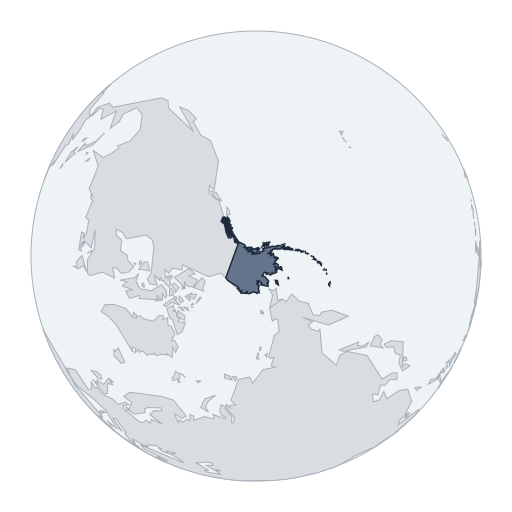 globe centered on Alaska, rotated 210°
{"feature_id": "USA-3563", "entity_name": "Alaska", "entity_type": "State", "adm_level": 1, "iso_a3": "USA", "parent_name": "United States of America", "parent_adm1": "", "projection": "orthographic", "projection_center": [-152.163, 61.314], "detail": "fine", "context": "on_globe", "style": "filled", "palette": "slate", "viewbox_px": 512, "rotation_deg": 210, "n_neighbors": 0, "source": "natural_earth", "source_scale": "10m", "svg_char_len": 17744}
<svg xmlns="http://www.w3.org/2000/svg" viewBox="0 0 512 512"><g transform="rotate(210 256 256)"><circle cx="256" cy="256" r="225" fill="#eef3f6" stroke="#a8b0b8"/><path d="M154.9,453.9L155.4,454.4L155.2,454.3L154.9,453.9ZM468.4,331.1L467.7,331.8L470.5,320.7L469.3,321.6L473.1,299.7L470.3,294.3L468.4,297.6L467.7,305.3L459.5,315.0L454.2,313.4L416.6,346.0L410.0,346.6L405.8,340.4L372.3,332.5L396.5,346.9L387.5,348.3L376.3,345.2L377.8,341.1L364.0,333.0L353.0,333.2L336.0,319.4L325.3,292.3L331.7,293.8L328.4,287.4L320.1,285.3L315.5,285.5L292.9,263.4L265.6,257.3L256.9,264.5L258.9,256.1L242.2,276.2L227.3,280.3L244.3,270.2L246.1,265.0L236.1,264.9L235.7,259.6L230.7,256.6L231.2,250.4L241.1,245.4L241.6,241.4L234.5,241.6L230.5,235.8L240.9,236.0L235.1,226.0L250.5,216.5L277.9,223.6L286.6,214.4L315.4,211.5L313.0,207.0L322.3,203.6L323.0,197.3L328.1,198.9L324.2,192.5L319.4,192.3L316.0,189.5L316.0,185.8L322.5,187.1L323.5,189.1L325.4,187.6L328.7,189.9L327.1,186.7L335.0,188.9L327.1,181.4L333.5,178.8L338.7,181.7L338.1,188.3L348.8,212.6L354.0,218.2L361.9,219.1L376.9,206.1L382.6,209.7L390.4,209.5L387.3,204.1L380.1,202.5L376.3,192.9L368.0,192.3L365.2,188.5L356.6,185.5L358.1,178.6L364.1,173.7L371.3,176.0L374.1,174.0L367.4,166.2L380.9,165.3L389.9,156.1L393.4,156.9L400.0,168.2L399.7,182.2L408.3,198.2L402.9,180.6L411.7,183.4L413.2,181.0L412.8,176.8L409.6,173.0L412.6,172.7L419.0,189.5L416.4,190.1L414.4,184.6L414.3,191.4L418.7,203.4L422.8,204.2L425.1,222.5L428.1,223.4L430.2,228.1L425.4,225.3L434.2,230.8L437.5,255.0L449.6,265.9L437.6,264.9L433.2,271.3L428.9,280.4L430.9,282.3L422.5,292.6L419.4,307.4L425.1,321.3L433.3,325.0L442.0,312.4L441.5,304.2L446.1,293.7L449.5,312.0L458.6,296.6L461.5,306.7L465.0,306.0L467.9,296.2L471.5,289.3L471.6,278.0L472.9,264.9L475.4,271.3L474.2,259.4L476.2,256.6L477.3,234.9L477.9,238.1L479.2,227.6L477.8,216.6L480.1,233.0L481.2,249.6L481.0,266.2L479.7,282.7L477.1,299.1L473.3,315.3L468.4,331.1ZM242.9,407.5L242.4,403.5L246.2,406.0L242.9,407.5ZM239.7,401.2L240.4,402.5L239.3,401.4L239.7,401.2ZM237.4,400.4L239.0,400.9L237.1,400.7L237.4,400.4ZM234.2,399.8L235.9,399.9L235.7,400.1L234.2,399.8ZM452.6,271.1L462.7,257.1L460.1,269.2L460.0,266.0L456.8,268.6L451.8,275.7L448.7,286.8L452.6,271.1ZM229.4,397.6L228.3,396.9L229.8,396.6L229.4,397.6ZM450.0,255.3L448.5,258.3L449.5,254.9L450.0,255.3ZM313.5,286.6L320.0,285.9L327.6,289.9L322.2,291.0L313.5,286.6ZM299.1,279.0L302.1,276.9L305.5,283.7L302.7,282.8L299.1,279.0ZM250.7,271.0L256.0,270.6L251.0,272.9L250.7,271.0ZM229.9,257.3L228.5,259.2L226.5,256.9L229.9,257.3ZM356.4,189.5L356.6,187.5L358.1,189.1L356.4,189.5ZM352.6,190.1L354.3,193.3L352.7,194.1L351.7,192.1L352.6,190.1ZM225.4,245.4L222.7,241.3L227.2,244.5L225.4,245.4ZM350.9,186.0L349.7,195.1L346.9,196.5L340.7,190.1L350.9,186.0ZM222.2,238.3L215.3,228.7L211.5,231.9L218.2,217.8L221.9,230.4L228.1,233.9L223.4,234.7L222.2,238.3ZM317.9,193.8L323.0,193.9L318.8,197.2L317.9,193.8ZM316.0,196.7L307.7,211.7L300.1,210.0L304.4,205.2L294.6,206.0L294.9,197.7L300.4,195.5L305.2,198.1L301.7,193.0L316.0,196.7ZM223.1,211.7L222.9,208.8L225.0,210.9L223.1,211.7ZM314.4,188.6L313.4,191.7L306.7,190.4L307.5,184.1L309.4,186.5L314.4,188.6ZM291.8,210.3L287.0,208.4L285.9,201.2L283.9,199.5L294.3,197.4L291.8,210.3ZM310.9,184.9L308.0,180.9L311.1,178.2L314.9,185.6L310.9,184.9ZM304.7,192.8L301.5,192.0L303.5,190.3L304.7,192.8ZM320.5,166.9L319.5,170.4L315.9,170.0L320.5,166.9ZM306.8,179.6L305.7,180.5L304.2,180.8L303.0,177.7L306.8,179.6ZM292.8,192.6L293.4,190.0L288.5,193.0L287.5,187.9L294.6,187.5L291.1,185.5L290.8,184.0L296.9,185.5L292.8,192.6ZM297.2,175.5L305.9,173.6L308.6,167.1L311.8,167.2L306.9,177.7L297.2,175.5ZM296.5,181.2L297.7,177.7L301.1,179.5L302.5,183.0L296.5,181.2ZM284.3,184.6L284.0,192.5L282.5,192.4L284.3,184.6ZM297.3,173.2L295.2,173.7L297.1,172.5L297.3,173.2ZM287.5,180.6L287.6,183.4L285.9,183.1L287.5,180.6ZM291.0,172.6L293.8,171.9L294.8,174.2L291.0,172.6ZM288.8,176.0L286.4,174.9L293.4,175.5L289.2,177.2L288.8,176.0ZM285.9,179.9L284.9,180.7L286.1,178.8L285.9,179.9ZM285.6,164.3L294.2,164.4L296.4,169.5L287.7,168.6L285.6,164.3ZM403.6,85.8L403.3,85.6L357.6,59.5L348.1,53.8L312.3,41.3L307.9,39.7L312.3,39.2L285.6,32.8L276.8,32.3L252.4,30.9L236.0,31.8L229.8,34.6L256.6,32.9L261.1,34.8L239.4,37.5L216.0,40.6L217.0,41.5L231.6,41.7L226.1,45.1L236.7,42.3L232.5,41.4L239.0,39.9L243.3,40.6L241.1,41.6L248.1,41.8L256.5,37.3L253.1,36.0L271.6,35.9L267.8,33.8L272.9,33.5L281.2,36.9L280.3,38.1L295.9,45.1L298.6,43.8L284.0,37.2L288.6,38.2L292.1,36.9L293.1,38.7L308.3,46.8L324.9,51.0L346.3,54.1L355.9,58.7L363.8,64.4L355.6,67.2L335.1,56.8L331.9,58.2L335.8,64.7L329.2,61.1L328.2,62.7L320.4,59.6L309.1,60.4L301.2,58.5L296.4,63.9L291.7,63.8L295.9,60.5L294.5,57.4L274.6,54.2L270.7,55.1L269.2,59.1L263.9,57.9L265.0,62.2L253.5,63.6L268.5,65.6L267.2,70.9L260.0,74.8L262.3,77.0L273.9,70.7L276.1,68.0L273.7,64.9L282.0,58.4L288.9,58.5L290.4,67.1L300.3,68.3L297.1,75.0L267.7,87.1L255.6,89.9L236.2,82.4L239.2,78.2L247.7,78.7L240.2,72.9L240.6,75.9L236.3,75.1L233.9,80.4L230.6,80.1L233.8,85.8L229.6,86.1L227.7,82.5L220.5,91.0L211.7,93.6L211.6,95.7L214.1,97.2L201.2,99.7L201.7,101.2L206.1,100.9L210.1,103.7L211.9,109.8L207.4,110.3L206.1,108.2L196.5,104.8L193.8,99.3L192.1,100.2L193.4,105.1L205.1,109.2L207.5,112.8L201.5,111.4L203.9,112.1L203.6,114.1L199.2,116.6L205.6,118.5L209.3,140.5L201.0,148.0L195.2,144.1L193.1,161.2L183.9,169.0L188.0,168.6L189.7,177.0L192.6,174.6L194.7,175.1L200.4,196.5L198.2,202.2L205.3,211.6L207.4,211.5L209.4,207.8L218.2,217.8L211.5,231.9L207.1,231.4L205.9,240.9L195.9,238.5L187.2,241.1L177.0,233.5L171.0,236.5L171.2,240.0L163.2,247.0L145.8,250.1L158.8,232.3L184.7,226.3L174.0,227.2L176.2,222.6L172.1,220.3L164.7,221.6L164.0,224.5L150.4,205.2L131.8,201.6L133.8,211.7L129.5,218.8L110.1,225.4L85.3,212.4L79.3,223.1L75.2,225.4L72.2,219.4L78.1,215.9L80.0,207.9L83.8,207.0L80.9,196.7L86.2,195.0L81.4,188.2L77.2,193.2L77.7,202.6L71.3,197.8L64.8,211.1L58.0,216.5L48.4,207.9L47.8,194.0L46.5,194.6L49.5,186.3L48.6,180.9L39.3,202.5L37.9,205.1L38.7,196.9L39.6,194.4L47.3,172.4L45.5,175.8L46.6,172.8L47.3,171.3L54.4,157.8L57.7,149.9L59.8,147.3L70.0,133.1L76.1,122.0L81.3,113.8L94.0,99.4L108.0,86.2L108.8,85.5L118.3,77.7L129.2,70.0L155.9,54.2L159.9,52.3L164.8,50.0L176.0,45.5L182.1,43.5L188.8,41.2L180.1,43.9L197.1,38.5L214.5,34.6L232.2,32.0L231.7,32.1L231.8,32.1L232.2,32.0L233.7,31.8L237.2,31.5L240.4,31.3L237.5,31.5L253.8,30.7L270.1,31.2L286.4,32.8L302.4,35.6L318.3,39.5L333.8,44.6L348.8,50.7L363.5,58.0L377.5,66.3L390.9,75.6L403.6,85.8ZM161.1,51.7L159.6,52.4L158.5,52.9L161.1,51.7ZM373.4,64.7L374.7,65.1L373.4,64.7ZM191.0,44.2L177.1,49.2L183.8,49.9L179.0,52.0L183.1,51.6L184.4,49.9L194.3,49.8L188.5,53.3L190.4,54.8L195.1,53.2L204.2,46.9L190.1,46.8L193.0,44.5L191.0,44.2ZM477.3,234.2L477.7,232.8L477.8,236.3L477.3,234.2ZM461.4,273.6L462.7,269.6L464.0,268.4L463.3,272.0L461.4,273.6ZM468.8,237.8L469.6,233.4L469.5,239.1L468.8,237.8ZM463.9,254.7L468.3,241.6L468.0,253.5L464.9,261.9L466.1,254.5L463.9,254.7ZM452.7,261.3L453.9,259.2L454.6,261.2L452.7,261.3ZM450.7,252.9L450.5,254.0L449.2,254.3L450.7,252.9ZM411.3,182.4L410.9,181.1L411.2,177.3L412.6,180.0L411.3,182.4ZM403.6,155.9L408.7,155.9L406.0,157.6L408.9,161.2L406.9,169.4L395.0,157.8L400.7,161.5L403.6,155.9ZM400.8,177.7L403.5,173.5L401.1,178.6L400.8,177.7ZM330.6,75.2L328.1,72.3L331.3,71.1L341.4,74.5L336.9,76.3L330.6,75.2ZM323.8,68.7L322.4,76.8L316.1,75.3L319.9,74.7L315.8,72.9L320.8,71.5L316.1,62.5L318.6,60.9L335.9,67.5L328.9,66.1L331.8,68.9L323.8,68.7ZM330.1,103.2L329.5,107.5L316.6,98.5L318.7,95.6L328.9,98.5L332.4,103.8L330.1,103.2ZM340.2,173.3L340.7,176.1L338.9,175.6L337.0,172.9L340.2,173.3ZM320.3,168.5L335.8,160.8L337.2,163.5L344.5,156.1L351.2,160.6L346.2,165.1L356.8,163.2L355.0,169.1L361.7,167.1L350.0,176.8L348.8,182.3L347.6,174.4L341.5,170.1L338.6,170.0L329.2,173.7L323.6,183.7L316.7,181.4L313.3,177.1L313.6,174.3L318.0,176.6L315.2,171.2L321.8,172.5L320.3,168.5ZM277.4,132.2L282.4,135.3L277.9,126.2L284.5,126.8L283.6,125.7L288.4,123.9L292.7,119.9L295.6,121.1L296.0,119.1L299.2,117.9L300.7,115.6L306.6,117.0L308.9,114.3L310.3,116.6L312.8,111.5L313.6,116.0L317.8,115.1L314.8,111.3L342.5,126.4L353.6,129.9L362.3,130.5L362.5,138.4L354.4,143.1L342.4,145.4L331.8,141.2L333.8,145.7L329.3,145.0L329.6,141.7L326.5,146.5L322.9,145.2L312.2,148.2L309.9,156.3L306.0,157.8L305.1,153.9L301.8,158.1L297.4,152.0L294.5,152.9L287.2,148.0L287.1,140.3L283.9,142.0L278.2,138.6L277.4,132.2ZM283.7,162.6L282.1,152.9L284.9,148.6L296.4,159.1L299.6,159.0L307.1,165.9L302.8,172.1L301.1,169.5L298.4,168.5L300.8,166.9L296.9,167.4L294.4,164.0L290.6,163.4L291.1,160.4L283.7,162.6ZM302.7,39.3L299.2,38.4L293.7,37.4L295.9,36.8L302.7,39.3ZM313.3,44.6L310.1,43.9L310.5,42.1L314.0,43.2L313.3,44.6ZM308.1,45.1L309.9,44.0L311.1,45.2L308.1,45.1ZM292.9,60.3L289.5,60.0L289.2,59.0L291.2,58.0L292.9,60.3ZM265.6,106.4L268.0,108.6L266.9,109.5L268.1,115.7L263.3,116.0L260.7,112.2L265.6,106.4ZM234.5,33.5L239.4,32.6L241.8,32.6L239.6,32.9L234.5,33.5ZM269.2,32.8L261.4,32.2L269.9,32.7L269.2,32.8ZM260.6,107.7L261.6,110.2L258.6,108.8L260.6,107.7ZM259.9,116.5L256.3,115.4L262.9,116.7L259.9,116.5ZM32.0,231.9L32.4,240.5L31.8,250.4L31.1,248.1L30.8,258.3L30.7,256.7L32.0,231.9ZM34.6,242.5L33.1,238.0L35.2,240.3L34.6,242.5ZM37.3,242.1L36.2,244.7L37.1,239.2L37.3,242.1ZM44.4,196.9L45.1,191.8L46.2,190.3L46.0,196.1L44.4,196.9ZM52.7,221.2L48.7,224.7L47.4,224.8L49.7,220.0L52.7,221.2ZM221.3,115.1L224.9,105.9L224.4,99.9L219.1,97.2L228.1,97.2L229.0,106.5L221.3,115.1ZM211.3,137.2L215.9,139.8L212.9,141.6L211.5,141.3L211.3,137.2ZM214.7,136.7L222.2,134.5L224.2,137.9L217.9,138.9L214.7,136.7ZM241.4,120.0L242.8,117.2L245.2,118.4L241.4,120.0ZM55.2,358.2L54.8,357.1L59.0,365.3L55.2,358.2ZM109.6,427.1L112.5,429.6L119.9,435.5L114.9,431.6L109.6,427.1ZM148.0,451.4L151.3,453.5L147.5,451.6L148.0,451.4ZM155.2,454.3L150.6,452.2L154.9,453.9L155.2,454.3ZM114.9,429.9L117.2,431.9L116.3,431.3L114.9,429.9ZM113.6,428.7L114.0,428.6L115.0,429.8L113.6,428.7ZM96.5,410.8L97.4,411.4L98.3,412.5L96.5,410.8ZM93.7,407.4L90.4,404.0L90.4,403.6L93.7,407.4ZM93.1,405.8L92.3,404.4L95.5,408.9L93.1,405.8ZM86.1,397.1L90.6,403.0L85.8,396.9L86.1,397.1ZM84.1,395.0L81.3,391.3L81.4,391.2L84.1,395.0ZM60.6,364.2L70.0,381.2L64.1,372.5L56.9,359.0L54.2,355.3L46.3,338.0L47.2,339.5L45.4,333.8L39.1,315.3L37.8,309.6L39.5,314.1L36.2,301.2L39.6,312.4L41.7,322.1L43.9,325.5L49.1,338.6L55.3,352.0L61.6,365.2L60.6,364.2ZM41.0,322.6L41.7,324.8L41.4,324.3L41.0,322.6ZM76.0,383.3L80.1,389.7L79.8,389.8L78.0,387.4L76.0,383.3ZM62.8,366.6L69.1,373.2L70.9,375.8L67.0,373.2L62.8,366.6ZM66.9,368.2L70.4,373.6L72.7,378.3L72.1,377.9L66.9,368.2ZM33.9,293.3L34.0,294.1L33.3,290.0L33.9,293.3ZM34.6,296.7L37.0,307.6L34.6,296.9L34.6,296.7ZM30.8,263.2L30.9,262.6L31.1,264.0L32.7,278.8L30.9,263.6L31.1,269.3L31.8,276.1L31.3,272.2L31.3,272.8L30.8,263.2ZM34.4,292.9L33.9,286.9L34.4,286.5L34.8,291.1L34.4,292.9ZM33.7,271.4L34.0,261.0L33.1,256.4L35.9,263.3L35.1,272.1L33.7,271.4ZM35.6,257.5L34.6,253.2L36.3,256.0L35.6,257.5ZM35.0,250.5L36.1,247.4L36.2,252.1L35.0,250.5ZM35.9,260.6L37.9,257.3L37.0,262.1L35.9,260.6ZM39.0,240.0L37.4,253.5L37.5,239.4L42.6,231.1L43.0,236.1L39.0,240.0ZM73.0,241.1L75.8,238.1L77.5,242.6L75.1,243.4L73.0,241.1ZM85.7,255.4L78.9,242.8L73.9,233.0L73.1,237.4L67.8,237.9L71.5,229.8L78.5,234.4L81.5,242.4L86.5,241.3L91.4,246.2L97.4,242.0L101.0,243.7L96.5,250.1L85.7,255.4ZM99.9,239.9L112.0,235.4L113.2,245.5L110.8,248.8L104.7,246.5L104.4,241.3L99.9,239.9ZM115.3,237.3L115.2,232.3L132.9,217.0L136.9,216.4L124.0,232.9L123.2,229.2L118.7,231.3L115.3,237.3ZM220.5,209.6L222.6,208.8L221.5,211.2L220.5,209.6ZM196.2,173.6L198.9,174.7L197.4,177.3L196.2,173.6ZM205.4,179.2L205.2,175.4L207.3,179.1L205.4,179.2ZM204.5,167.3L206.1,173.8L201.9,167.9L204.5,167.3Z" fill="#d9dde1" stroke="#a8b0b8" stroke-width="1"/><path d="M271.2,222.0L277.6,258.1L281.2,257.3L285.5,262.2L287.1,259.0L289.0,258.0L294.0,261.9L299.1,267.8L303.3,268.4L304.1,273.0L303.0,273.7L303.4,271.5L302.4,272.7L303.1,271.7L301.3,269.0L299.8,270.6L300.1,271.9L299.5,271.7L299.3,269.5L300.1,269.1L300.2,268.9L296.6,266.5L295.0,266.6L295.0,266.2L295.5,266.1L295.8,265.8L295.8,265.6L294.2,264.7L294.4,264.6L295.6,265.1L294.2,263.9L295.1,263.8L293.0,263.6L293.1,261.7L291.3,262.8L289.1,259.0L290.8,263.5L289.1,263.4L288.8,261.3L286.2,261.3L288.8,263.4L287.7,264.4L280.3,260.6L280.7,258.8L281.4,260.3L282.0,259.2L280.6,258.6L279.3,260.2L277.0,258.9L276.5,259.7L271.5,260.1L270.0,259.2L270.5,257.5L268.0,258.8L268.6,257.9L267.7,257.5L266.9,258.0L266.5,257.8L267.6,257.3L266.3,257.0L267.2,256.2L264.2,257.6L264.4,255.9L262.6,257.9L263.6,258.5L263.1,258.7L262.7,259.2L264.2,259.1L263.3,261.1L261.4,260.6L258.4,264.3L256.4,264.0L258.3,262.0L256.6,262.1L257.5,258.3L262.0,257.7L260.0,256.6L261.1,255.1L254.2,260.0L255.2,260.9L251.8,264.4L253.8,265.6L246.6,272.7L242.4,274.5L243.0,275.3L242.3,276.2L235.7,278.0L235.1,276.9L234.0,278.7L232.7,277.7L232.7,279.1L230.8,279.4L231.0,278.2L234.9,275.7L238.2,276.6L237.6,275.7L238.6,274.3L244.9,270.6L244.7,268.1L245.7,268.0L244.9,267.1L246.3,265.8L246.7,264.2L243.7,266.0L243.2,264.5L243.9,264.5L244.1,265.0L244.2,264.9L243.9,264.4L243.2,263.8L242.2,266.7L239.5,263.8L236.5,265.4L235.6,264.9L237.1,263.3L236.3,263.1L237.0,261.7L236.0,258.4L237.4,257.0L235.6,258.5L235.7,259.6L232.6,259.7L230.6,256.4L231.8,255.1L233.9,256.9L234.5,256.4L233.6,255.8L234.4,255.7L231.4,255.0L232.2,254.5L231.2,253.9L231.5,253.7L231.8,253.2L232.2,253.0L232.4,253.0L232.7,252.5L231.9,253.0L231.4,253.4L231.5,253.7L231.2,253.8L231.1,254.4L230.0,252.1L232.7,248.9L233.6,249.5L233.4,247.8L234.4,246.5L236.6,247.5L240.5,246.1L241.0,243.4L240.1,242.7L241.6,241.6L238.0,242.6L232.6,240.6L231.9,238.1L233.4,238.2L231.4,237.1L230.5,235.8L237.2,233.5L238.1,233.6L238.2,233.8L237.0,235.1L237.8,235.7L242.0,235.9L240.7,235.4L240.2,232.6L241.2,234.7L243.4,235.2L241.5,234.5L240.9,233.6L241.7,232.7L240.5,231.8L238.4,231.7L238.2,229.6L235.0,226.0L235.7,226.0L236.3,224.2L240.0,224.0L243.2,219.8L245.9,219.1L245.5,219.5L245.9,220.6L246.7,219.4L245.6,218.9L250.6,216.3L251.7,217.4L250.8,218.2L251.1,218.9L252.3,217.4L255.8,218.7L256.1,219.7L255.4,219.8L256.2,220.2L267.9,220.7L271.2,222.0ZM256.0,270.5L254.3,270.9L255.1,271.5L253.9,271.6L252.1,273.9L252.6,272.4L251.8,273.0L252.2,272.4L251.6,272.3L251.0,272.4L251.9,272.4L251.4,273.4L250.4,271.5L251.7,270.2L252.1,270.4L251.9,270.7L252.3,270.8L252.3,271.3L252.6,271.7L252.9,271.8L252.3,269.7L253.9,270.1L254.1,269.7L253.7,269.0L256.0,270.5ZM300.3,272.8L300.3,275.1L298.9,273.3L297.7,273.6L297.9,272.1L297.0,272.4L297.2,271.3L296.6,270.4L295.7,269.8L298.6,271.1L299.7,272.2L298.7,271.8L298.6,272.6L300.3,272.8ZM227.1,244.6L225.2,245.4L222.2,242.2L224.9,242.3L227.1,244.6ZM290.6,266.7L288.3,264.2L291.3,264.2L289.5,264.8L292.1,266.2L289.8,265.7L290.6,266.7ZM229.8,258.7L228.5,259.2L226.5,256.8L229.1,256.6L229.8,258.7ZM294.1,265.7L293.0,267.9L293.2,266.3L290.9,262.8L291.7,263.6L292.7,263.3L294.1,265.2L292.5,263.6L294.1,265.7ZM291.8,266.6L293.7,271.1L292.8,269.2L290.5,267.2L291.8,266.6ZM231.4,279.9L227.6,280.4L227.1,279.6L230.1,278.2L230.6,278.4L230.8,279.5L231.4,279.9ZM300.9,269.7L302.0,272.6L301.2,271.0L300.4,272.0L300.9,269.7ZM294.2,267.5L296.2,267.1L296.8,268.3L295.7,267.8L296.6,268.8L295.6,269.5L295.1,267.9L294.2,267.5ZM223.5,282.2L222.2,283.0L219.6,283.0L222.5,282.0L222.0,280.9L223.5,282.2ZM253.8,268.3L256.1,268.4L254.7,269.0L253.8,268.3ZM295.1,268.3L295.0,271.4L293.6,268.4L295.1,268.3ZM219.7,282.7L217.2,283.9L216.3,284.1L218.9,281.9L219.7,282.7ZM204.5,282.0L203.5,283.2L201.4,282.6L204.5,282.0ZM298.0,270.3L299.1,269.8L299.2,270.4L298.0,270.3ZM266.0,259.4L266.2,259.5L264.4,261.7L266.0,259.4ZM179.0,268.3L178.0,268.0L177.4,266.9L178.8,267.4L179.0,268.3ZM198.7,282.5L197.9,282.9L197.3,282.7L198.2,281.6L198.7,282.5ZM299.4,275.4L298.1,274.8L297.8,273.7L299.4,275.4ZM298.7,268.9L299.1,269.7L298.1,268.5L298.7,268.9ZM296.9,268.3L296.9,267.6L297.7,268.3L297.0,268.8L296.9,268.3ZM196.2,281.2L195.2,281.8L194.9,280.5L196.2,281.2ZM297.0,269.0L297.5,269.7L296.9,269.5L297.0,269.0ZM290.2,267.4L290.9,268.5L290.5,268.6L290.2,267.4ZM267.6,259.1L266.8,259.7L266.6,259.2L266.8,258.8L267.6,259.1ZM204.4,283.2L206.9,284.2L205.6,284.0L204.4,283.2ZM237.3,278.0L236.6,279.0L236.6,278.2L237.3,278.0ZM295.8,271.4L295.9,270.6L296.6,270.4L295.8,271.4ZM216.8,252.5L217.8,254.0L216.4,252.8L216.8,252.5ZM237.8,265.6L238.5,264.8L238.7,264.7L237.8,265.6ZM196.8,281.7L197.0,282.2L195.8,281.7L196.8,281.7ZM224.6,280.5L224.6,281.2L224.1,280.8L224.6,280.5ZM301.6,272.6L301.3,273.5L301.2,272.5L301.6,272.6ZM253.3,272.6L254.4,272.4L253.8,272.6L253.6,272.9L253.3,272.6ZM264.3,259.7L264.8,259.1L264.5,260.2L264.3,259.7ZM238.0,279.2L238.8,279.1L237.8,280.1L238.0,279.2ZM188.4,278.7L188.7,279.9L187.8,278.3L188.4,278.7ZM186.0,275.8L186.1,276.2L185.2,275.9L186.0,275.8ZM300.7,273.0L301.0,272.5L301.0,273.1L300.7,273.0ZM291.9,263.3L291.7,262.8L292.5,263.2L291.9,263.3ZM178.9,269.7L178.9,270.3L178.3,269.7L178.9,269.7ZM288.5,265.0L288.5,265.7L288.1,264.9L288.5,265.0ZM190.5,277.9L190.3,278.5L190.1,278.0L190.5,277.9ZM267.3,258.8L268.3,258.3L267.8,258.7L267.3,258.8ZM253.7,268.7L253.7,268.4L254.5,269.0L253.7,268.7ZM255.3,267.2L255.4,266.6L255.6,266.6L255.3,267.2ZM250.5,274.7L250.4,275.2L250.5,274.7ZM208.0,283.5L208.6,283.8L207.8,283.8L208.0,283.5ZM238.2,245.4L238.2,245.8L237.6,245.6L238.2,245.4ZM296.2,271.8L296.5,272.2L296.1,272.0L296.2,271.8ZM212.5,283.6L212.7,284.0L212.1,284.0L212.5,283.6ZM253.8,269.7L253.6,269.6L253.1,269.2L253.6,269.3L253.8,269.7ZM299.0,274.3L298.6,273.7L299.1,274.1L299.0,274.3ZM214.7,283.4L214.9,283.9L214.3,283.5L214.7,283.4ZM251.8,274.4L251.6,274.8L251.3,274.7L251.8,274.4ZM302.1,273.3L302.1,273.9L301.7,273.7L302.1,273.3ZM233.1,279.6L233.3,279.1L233.4,279.4L233.1,279.6ZM263.9,257.8L263.7,257.3L264.1,257.7L263.9,257.8ZM297.2,273.8L297.7,273.6L297.5,273.9L297.2,273.8ZM199.8,282.2L199.8,281.6L200.1,282.0L199.8,282.2Z" fill="#64748b" stroke="#1e293b" stroke-width="1.5"/></g></svg>